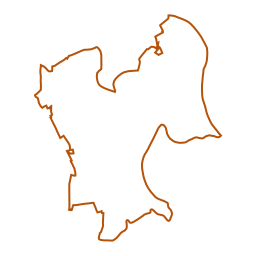 Duy Tien, Hà Nam, Vietnam
{"feature_id": "81297802B7902592700170", "entity_name": "Duy Tien", "entity_type": "district", "adm_level": 2, "iso_a3": "VNM", "parent_name": "Vietnam", "parent_adm1": "Hà Nam", "projection": "natural_earth1", "projection_center": [105.971, 20.625], "detail": "fine", "context": "isolated", "style": "outline", "palette": "amber", "viewbox_px": 256, "rotation_deg": 0, "n_neighbors": 0, "source": "geoboundaries", "source_scale": "gbopen_adm2", "svg_char_len": 5760}
<svg xmlns="http://www.w3.org/2000/svg" viewBox="0 0 256 256"><path d="M167.6,202.9L164.2,201.1L159.1,199.2L157.8,198.6L156.5,197.8L155.9,197.4L155.5,197.1L153.4,194.8L150.9,191.9L149.1,189.4L148.0,187.7L146.4,184.8L144.6,180.0L143.7,177.2L142.7,172.1L142.5,170.9L142.2,168.9L142.0,166.4L142.1,163.0L142.4,161.6L142.7,160.1L143.4,157.7L144.0,156.1L144.7,154.6L148.1,149.0L149.1,146.8L153.1,139.0L154.8,135.6L156.1,132.8L156.8,131.5L157.3,130.3L158.5,127.9L159.5,126.6L160.9,125.1L161.2,124.9L161.6,124.7L162.2,124.7L162.7,124.8L163.5,125.1L164.1,125.5L164.7,126.2L165.7,127.7L166.1,129.0L166.8,132.2L167.1,133.7L167.7,135.0L168.6,136.6L169.6,138.0L170.3,138.8L171.6,139.8L173.4,141.1L174.6,141.7L175.6,142.0L177.4,142.5L179.5,142.8L180.9,142.8L183.8,142.6L185.2,142.4L185.7,142.2L186.5,141.8L187.7,141.0L189.3,140.1L189.8,139.9L191.6,139.2L194.4,137.8L195.2,137.5L195.8,137.4L196.4,137.4L196.8,137.4L197.2,137.4L198.3,137.8L199.3,138.0L201.4,138.4L202.0,138.4L202.6,138.3L203.3,138.0L203.9,137.7L205.6,136.5L206.4,136.1L209.3,135.3L209.9,135.4L211.8,135.8L213.1,135.9L214.1,136.1L214.7,136.4L217.1,137.2L217.7,137.2L218.2,137.2L218.8,137.1L219.2,137.0L219.7,136.8L220.3,136.3L221.0,135.6L218.9,133.3L217.1,130.9L214.5,127.7L212.5,125.1L211.6,123.9L210.5,121.9L208.9,118.4L207.7,115.7L206.8,113.1L206.2,110.9L205.4,107.5L204.6,104.8L203.6,101.8L202.8,99.3L202.4,97.0L202.3,96.1L202.1,93.2L202.0,89.3L202.0,86.0L202.2,83.2L202.8,76.2L203.3,72.6L203.5,70.1L203.6,69.2L204.2,68.0L204.8,66.7L205.2,66.0L205.9,63.9L206.2,63.1L206.4,62.5L206.7,60.9L206.9,59.7L207.2,56.2L207.3,53.1L207.2,50.6L207.0,48.5L206.9,47.9L206.7,47.3L206.1,46.0L205.1,44.1L202.2,38.7L201.2,36.9L199.9,35.0L198.6,33.1L195.9,29.7L194.8,28.3L193.3,26.6L191.0,24.2L189.3,22.7L187.8,21.7L185.6,20.5L182.2,19.0L179.4,18.0L175.7,16.5L174.3,16.0L173.2,15.8L170.2,15.4L168.5,15.4L168.5,17.0L168.3,18.3L167.9,18.9L162.8,23.0L161.3,24.3L160.6,24.8L160.1,25.3L161.3,27.8L162.9,30.9L162.2,31.4L162.8,32.5L160.9,33.5L156.9,35.7L155.3,36.6L155.8,38.0L156.2,39.1L156.5,40.7L157.0,43.6L158.3,42.7L158.0,44.5L157.8,45.2L157.6,45.7L157.9,45.9L159.4,47.2L159.9,47.7L160.8,49.5L162.3,53.0L158.6,54.9L155.2,52.6L158.5,48.5L156.7,46.9L156.5,47.2L156.0,48.3L154.0,47.0L153.3,46.9L152.4,46.8L151.2,46.8L149.1,48.5L148.1,49.2L147.4,49.2L146.8,49.2L145.6,50.8L145.3,51.1L144.8,51.8L144.2,52.5L142.8,54.2L141.8,55.4L139.7,58.1L139.3,58.7L139.2,59.0L139.3,60.0L139.7,61.0L139.8,61.4L139.8,62.1L139.8,62.7L139.5,64.5L139.4,65.1L138.9,66.8L138.5,68.6L137.9,70.5L131.7,70.9L128.4,71.2L124.2,72.2L121.5,73.6L118.0,76.3L115.5,79.0L114.1,81.1L113.8,82.2L113.4,83.9L113.5,85.2L114.1,87.6L114.8,89.7L115.2,90.9L114.9,91.9L114.3,91.7L113.7,91.5L108.3,89.7L104.3,88.1L102.4,87.1L101.0,86.3L99.9,85.4L99.0,84.5L98.2,83.0L97.5,81.2L97.2,79.8L96.8,76.7L96.9,75.3L97.2,73.0L99.1,70.8L101.2,69.2L101.4,65.9L101.3,55.1L100.6,51.8L99.9,50.4L98.3,48.2L97.1,47.2L96.0,47.2L94.8,48.0L92.9,48.6L91.8,49.2L87.0,49.7L84.2,49.8L82.0,50.6L72.8,54.6L70.3,55.5L68.9,55.9L68.3,56.8L67.2,58.7L66.2,58.0L63.9,60.0L59.4,62.7L54.6,65.9L52.3,66.4L52.2,70.2L52.0,71.1L50.6,71.3L49.0,71.3L48.5,71.1L47.1,69.7L46.2,68.5L45.2,67.6L44.1,66.7L42.9,66.0L42.0,65.6L40.9,65.1L40.8,67.0L40.5,69.0L40.4,70.2L40.4,72.9L40.8,75.8L40.7,82.1L40.9,84.3L40.9,87.5L40.8,89.9L38.7,92.0L36.6,94.0L35.0,95.1L35.2,95.9L35.5,96.4L36.2,97.2L36.7,97.5L37.4,97.7L37.7,98.0L37.9,98.3L38.7,101.7L38.8,102.7L39.0,103.2L39.3,103.7L39.8,104.7L40.5,105.9L41.2,106.7L41.5,107.2L42.4,107.8L42.6,107.6L42.7,107.4L43.3,107.0L44.1,106.6L46.3,105.6L46.9,107.1L47.5,108.4L48.5,108.0L48.9,108.1L49.6,108.3L49.9,107.5L50.0,107.2L50.3,106.8L50.9,106.4L51.2,106.2L51.2,107.9L51.1,110.3L51.1,110.8L51.2,111.9L51.6,113.3L52.0,114.9L51.6,115.2L50.5,115.8L51.2,117.3L50.5,117.6L52.5,121.6L53.9,124.4L55.8,128.2L57.1,131.3L60.3,138.0L63.6,135.8L65.6,138.7L68.7,143.4L69.4,144.7L69.6,145.2L69.8,146.0L70.1,148.9L70.1,150.0L72.8,149.7L73.3,151.8L73.5,153.4L69.5,153.6L68.5,151.5L68.1,150.6L66.9,151.0L69.9,156.8L71.7,160.5L70.7,160.9L71.1,162.0L71.7,163.0L72.5,164.5L73.5,166.7L74.1,167.9L74.6,168.9L74.7,170.1L75.2,171.7L75.4,173.5L75.4,175.3L75.4,175.5L75.2,175.7L74.2,175.7L71.2,174.9L70.1,180.4L69.3,183.9L69.3,192.1L69.4,202.8L69.4,207.4L69.4,208.7L69.0,209.8L69.8,210.0L70.7,210.1L71.2,210.1L71.4,209.4L71.9,209.6L72.3,208.3L72.6,207.0L73.3,205.1L76.1,205.1L84.4,203.8L87.7,203.5L89.4,203.3L92.7,202.8L93.5,202.8L95.6,207.9L96.4,210.1L97.4,212.4L98.3,212.3L99.5,212.0L101.6,211.2L102.0,213.0L103.4,213.1L102.9,223.1L102.9,223.3L103.1,225.3L103.1,225.6L102.5,227.8L101.5,230.5L101.3,231.3L100.7,232.4L99.9,233.0L99.9,233.3L99.8,233.8L99.3,235.4L98.8,237.8L98.9,238.7L99.1,239.1L99.5,239.4L99.8,239.5L100.8,239.9L102.5,240.2L105.1,240.4L108.1,240.4L111.1,240.6L111.8,240.6L112.5,240.6L113.1,240.4L113.7,240.0L115.1,239.1L116.5,238.0L117.9,236.5L120.6,233.2L121.6,232.3L123.1,231.4L124.5,230.7L125.4,229.8L126.0,229.1L126.4,228.6L126.7,227.5L126.8,226.7L126.7,224.1L126.4,221.9L126.4,221.4L126.5,220.9L126.8,220.4L127.1,220.2L127.6,220.1L128.1,220.3L128.5,220.7L129.7,222.4L130.1,222.7L130.9,222.8L131.9,222.6L133.7,221.8L136.9,219.9L141.1,217.1L143.5,215.3L144.3,214.6L145.4,214.2L147.2,213.5L148.4,213.3L149.2,213.1L149.6,213.0L150.0,212.8L150.3,212.5L150.4,212.3L150.5,212.0L150.5,210.9L150.5,210.2L150.7,209.8L151.0,209.6L151.4,209.4L151.9,209.4L152.5,209.6L153.6,210.5L155.0,211.9L156.5,213.2L157.5,214.0L158.5,214.4L160.2,214.7L162.6,215.3L163.6,215.8L164.1,216.2L167.3,220.2L168.1,220.7L168.5,220.9L168.8,220.8L169.2,220.6L169.6,220.3L169.8,219.9L170.2,219.3L171.2,216.5L171.8,215.1L171.9,214.4L172.0,213.5L171.9,212.7L171.3,211.1L170.8,210.0L169.4,208.5L168.6,207.5L168.3,206.8L168.1,206.1L168.0,204.9L167.9,204.0L167.7,203.2L167.6,202.9Z" fill="none" stroke="#b45309" stroke-width="2"/></svg>